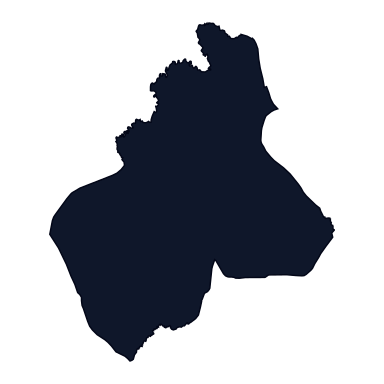 the district of Sila Lat, Si Sa Ket, Thailand
{"feature_id": "78962969B41735347341952", "entity_name": "Sila Lat", "entity_type": "district", "adm_level": 2, "iso_a3": "THA", "parent_name": "Thailand", "parent_adm1": "Si Sa Ket", "projection": "robinson", "projection_center": [104.084, 15.49], "detail": "fine", "context": "isolated", "style": "filled", "palette": "ink", "viewbox_px": 384, "rotation_deg": 0, "n_neighbors": 0, "source": "geoboundaries", "source_scale": "gbopen_adm2", "svg_char_len": 5908}
<svg xmlns="http://www.w3.org/2000/svg" viewBox="0 0 384 384"><path d="M241.0,34.4L240.9,35.3L239.5,35.5L237.2,37.9L236.8,37.8L236.3,37.3L234.4,38.6L233.1,38.7L231.0,38.5L230.5,38.3L229.8,36.9L229.2,36.2L227.7,36.4L227.6,34.9L225.0,33.0L224.6,31.2L224.2,30.7L222.4,30.1L220.9,30.5L220.1,30.3L219.8,29.6L219.0,26.2L217.8,26.6L215.1,25.7L214.3,24.3L213.0,23.3L211.9,23.5L208.9,23.0L208.3,24.2L207.8,24.4L207.4,24.2L207.0,23.2L205.9,24.5L204.8,23.7L204.6,24.1L204.9,25.2L204.6,25.6L203.2,24.9L202.2,25.3L199.9,24.8L199.1,25.1L198.6,26.0L197.6,29.6L196.4,30.8L196.2,31.5L197.3,33.0L198.0,37.3L199.2,38.5L199.7,39.5L199.5,40.8L198.5,42.3L198.5,43.0L198.8,43.6L199.8,44.1L202.8,47.3L202.8,48.2L201.5,50.1L201.3,50.7L201.6,51.2L203.5,53.2L203.2,54.5L203.3,54.9L203.7,55.1L205.2,54.9L205.0,56.1L205.3,56.2L206.7,54.1L207.1,54.1L207.4,54.3L208.0,56.9L207.4,58.6L207.8,59.4L208.2,60.9L209.3,62.1L210.8,65.6L210.5,66.5L209.2,67.3L208.4,68.4L208.7,68.7L210.5,68.9L210.7,69.4L210.6,69.9L208.2,70.1L205.3,72.0L201.4,71.8L199.8,69.9L198.1,70.1L197.6,69.8L196.9,67.4L196.1,66.5L195.5,66.5L194.2,68.2L193.8,68.3L192.7,67.1L192.4,65.8L192.1,65.4L191.3,65.5L190.2,66.1L189.6,66.0L189.2,65.2L189.3,64.5L190.9,64.0L191.3,63.7L191.1,61.5L190.6,61.2L189.8,61.4L188.7,62.9L187.1,62.5L185.9,61.1L185.6,59.3L185.3,59.1L184.8,59.1L184.1,59.7L183.2,60.7L182.7,62.3L181.1,63.2L180.1,63.2L179.4,62.8L179.1,62.2L179.0,60.7L178.4,60.5L178.1,60.9L177.8,62.9L177.2,63.6L175.9,64.5L175.3,64.2L175.2,62.3L174.8,61.7L173.8,61.4L172.7,61.6L172.4,63.1L170.1,64.9L169.1,67.3L168.5,69.5L167.9,70.2L167.5,70.3L167.3,70.0L167.0,67.7L166.7,67.3L166.3,67.4L165.5,70.3L165.5,71.2L167.5,75.1L167.2,76.0L166.5,77.3L166.0,77.3L165.7,77.0L165.4,74.6L164.9,74.0L162.8,73.7L162.6,75.5L162.2,76.0L161.6,76.1L161.1,76.0L160.9,75.6L161.0,73.9L160.3,73.7L159.5,75.1L159.5,77.9L159.2,78.2L158.0,78.1L157.2,78.9L156.8,79.9L156.7,81.5L156.4,81.9L155.2,82.7L154.2,84.1L153.8,84.0L152.7,83.1L152.2,83.1L151.5,83.5L150.8,84.7L150.5,86.9L150.5,90.6L151.1,90.9L154.1,90.8L155.5,91.9L156.1,92.9L156.1,93.7L153.9,95.6L153.7,96.7L153.9,96.9L154.7,97.0L155.7,95.8L156.3,95.7L156.8,97.6L157.6,98.3L158.6,100.5L158.2,101.3L156.8,102.6L157.0,103.1L158.5,103.5L158.5,104.2L157.3,106.4L155.8,106.2L155.7,106.5L156.2,107.8L156.7,111.0L156.5,111.6L156.0,112.4L155.6,112.5L154.2,111.6L152.2,116.2L151.2,119.6L151.1,122.1L149.7,122.4L148.5,121.4L147.4,122.2L145.6,122.8L143.2,122.6L142.2,121.0L140.9,121.6L140.6,121.5L140.1,119.5L139.0,120.2L136.4,119.3L135.7,120.0L135.4,123.3L133.7,123.1L132.0,124.0L131.7,124.5L131.8,125.5L133.0,127.4L132.9,128.0L131.1,128.1L129.8,127.2L128.4,126.9L127.8,127.3L127.6,128.3L129.2,131.2L129.0,131.7L128.6,131.8L127.5,130.7L126.9,130.8L127.1,131.9L128.0,132.9L128.1,133.3L126.5,133.3L126.1,132.1L125.4,131.4L124.7,131.5L124.1,132.0L123.9,132.5L124.0,133.0L125.4,134.8L124.3,136.8L123.8,137.0L123.3,136.6L123.4,134.6L122.6,134.1L121.8,134.3L122.0,136.0L121.6,136.7L121.1,136.6L120.6,135.7L120.2,135.6L119.9,135.9L119.8,136.9L119.5,137.4L118.2,137.3L117.2,137.8L116.7,137.0L116.1,137.4L116.1,138.4L116.9,140.4L115.9,141.6L116.7,142.6L117.3,144.0L117.1,145.5L117.5,147.0L117.1,147.8L117.1,149.0L117.2,149.6L117.9,150.5L117.8,152.2L119.6,153.2L120.0,154.6L121.0,155.7L121.5,157.2L122.7,157.7L122.0,159.6L124.1,162.1L124.5,165.4L121.1,169.7L116.9,173.2L112.4,175.4L80.0,188.1L72.1,192.8L70.9,193.9L66.9,198.7L55.4,214.5L53.7,217.1L52.4,220.7L49.8,234.3L58.5,247.9L66.4,264.2L71.0,276.0L74.9,284.4L77.7,292.6L79.8,294.5L81.4,297.1L81.5,297.6L81.5,300.7L82.1,305.5L83.4,308.5L87.7,321.3L89.7,326.2L92.4,329.9L97.2,334.7L104.9,339.7L108.0,342.3L111.4,345.9L116.0,351.8L125.0,356.2L127.7,358.5L130.0,361.0L131.9,360.3L133.3,359.2L134.5,354.8L136.4,352.3L136.6,350.2L137.6,348.6L137.9,348.5L138.5,349.0L138.8,348.9L138.9,348.2L139.5,347.7L139.7,346.7L140.5,346.2L142.1,346.4L141.8,345.3L142.6,344.9L142.4,344.1L143.1,343.2L143.2,342.4L143.7,341.8L144.0,341.1L144.5,340.8L145.7,341.3L146.1,340.6L146.0,340.2L146.5,338.1L146.8,337.7L148.0,337.4L148.1,336.5L148.5,335.9L148.9,335.8L150.4,336.3L150.8,335.3L151.6,335.4L152.5,334.5L153.6,334.0L153.7,333.3L152.7,332.2L152.5,330.7L153.7,330.6L153.8,329.3L154.2,328.9L155.1,329.3L155.5,328.7L156.9,328.5L157.2,327.9L156.9,327.1L157.0,326.6L158.5,327.1L158.4,326.2L159.5,324.5L159.9,324.4L160.3,325.0L160.7,324.4L161.3,324.3L163.1,326.1L164.4,326.0L164.3,327.1L165.5,327.7L166.1,327.6L166.7,326.5L167.7,326.9L168.1,326.4L168.8,326.5L169.5,325.6L169.8,325.5L170.6,326.4L170.5,327.8L171.2,328.4L171.5,329.1L173.3,329.9L176.1,329.0L176.8,327.9L177.6,327.3L179.7,326.8L181.4,327.1L182.8,325.9L184.4,325.8L187.0,322.8L187.5,322.8L188.0,324.0L188.7,323.9L189.6,322.8L190.5,322.5L195.6,318.6L198.4,315.0L200.4,307.1L201.6,301.4L201.5,300.6L202.3,299.0L204.2,293.9L204.7,293.1L207.5,291.6L209.1,289.6L209.8,288.2L211.8,268.8L212.5,266.0L214.7,259.6L215.9,260.6L223.5,273.7L225.5,275.8L227.5,276.7L229.0,277.0L231.6,277.0L233.9,277.3L235.7,278.1L239.6,278.2L245.5,277.5L264.7,277.4L265.3,277.2L268.3,275.1L269.0,274.9L286.7,274.7L296.0,275.5L301.9,275.8L304.1,275.6L306.1,274.4L311.0,270.1L312.5,268.3L314.8,263.6L318.6,257.5L320.7,253.6L326.0,246.1L332.7,237.2L331.7,233.0L334.2,230.2L334.2,229.8L333.1,229.1L332.9,228.1L333.0,226.7L332.7,225.4L331.7,225.1L330.9,224.2L331.3,222.7L330.6,221.6L330.3,220.1L330.4,219.0L329.8,218.7L329.7,218.1L328.8,218.3L328.4,218.0L325.3,218.5L324.8,217.0L323.6,217.0L320.7,211.2L319.7,208.2L315.5,204.9L306.3,196.0L303.2,192.1L301.1,188.2L298.4,184.3L290.1,174.0L283.6,167.9L274.1,160.6L270.7,157.1L265.8,151.2L263.6,146.8L261.9,144.2L261.1,142.3L260.8,140.2L261.4,130.6L261.9,127.6L264.1,120.4L265.4,117.0L266.2,115.6L271.2,111.6L274.1,110.0L277.7,108.8L273.4,104.2L271.5,100.7L270.5,98.6L268.8,92.9L266.5,86.7L264.3,87.5L262.8,78.8L260.2,68.3L258.7,59.1L257.8,48.9L256.0,43.8L254.1,40.1L252.4,38.3L251.9,38.8L247.1,36.2L241.0,34.4Z" fill="#0f172a" stroke="#020617" stroke-width="1.5"/></svg>